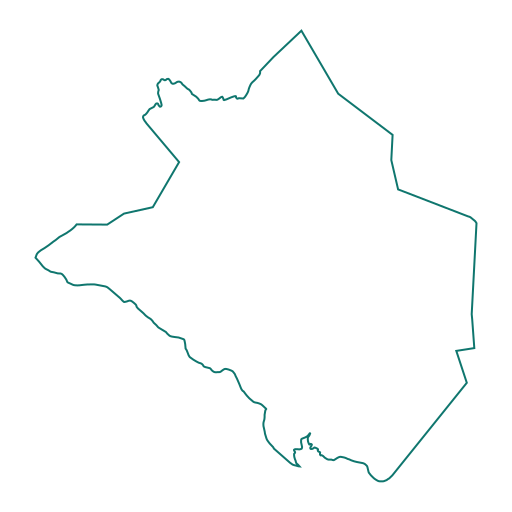 outline of San Antonio de Oriente, Francisco Morazán, Honduras
{"feature_id": "27666195B20875858813448", "entity_name": "San Antonio de Oriente", "entity_type": "district", "adm_level": 2, "iso_a3": "HND", "parent_name": "Honduras", "parent_adm1": "Francisco Morazán", "projection": "robinson", "projection_center": [-87.024, 14.037], "detail": "fine", "context": "isolated", "style": "outline", "palette": "teal", "viewbox_px": 512, "rotation_deg": 0, "n_neighbors": 0, "source": "geoboundaries", "source_scale": "gbopen_adm2", "svg_char_len": 5952}
<svg xmlns="http://www.w3.org/2000/svg" viewBox="0 0 512 512"><path d="M475.1,221.1L470.5,217.3L469.5,216.8L468.1,216.4L398.1,189.4L391.3,160.1L392.6,134.9L338.2,93.7L301.4,30.7L273.5,57.0L260.1,71.1L260.1,72.1L260.1,73.1L259.9,73.7L259.3,75.0L258.2,76.3L255.7,79.1L254.2,80.6L252.3,82.3L251.2,83.6L250.6,84.6L249.6,86.8L248.9,88.6L248.3,91.0L247.9,92.0L247.3,93.2L246.3,94.9L245.1,96.7L244.2,97.7L243.3,98.5L239.1,98.2L238.5,98.3L237.7,98.7L237.1,98.6L236.8,98.4L236.1,97.5L236.0,97.1L236.0,96.6L235.9,96.3L235.6,96.2L235.3,96.1L233.9,96.4L231.3,97.3L226.4,99.4L224.1,100.1L223.8,100.0L223.6,99.8L223.3,98.6L222.8,97.6L222.4,97.0L222.3,96.8L222.0,96.8L221.4,97.0L220.8,97.3L218.6,99.0L217.4,99.7L216.9,99.8L216.4,99.9L214.8,99.7L212.4,99.8L211.9,99.7L210.9,99.3L209.8,99.3L208.1,99.6L205.9,100.3L204.4,100.7L201.9,101.0L200.2,100.9L199.7,100.7L199.3,100.4L198.2,98.7L196.2,96.7L192.0,94.0L191.8,93.7L191.6,92.9L191.3,92.3L190.4,91.1L189.8,90.4L189.0,89.6L187.5,88.8L186.8,88.2L184.7,86.2L182.5,84.4L181.4,82.8L180.5,82.1L179.7,81.8L179.1,81.6L177.9,81.7L176.8,82.1L175.5,83.0L174.7,83.4L173.6,83.7L172.9,83.8L172.1,83.5L171.5,83.1L171.1,82.5L170.5,81.3L169.8,80.3L169.1,79.4L168.4,78.9L167.9,78.9L167.1,79.0L166.6,79.3L165.9,79.9L165.2,80.2L164.6,80.2L164.3,80.1L163.3,79.4L162.5,79.2L161.8,79.2L161.1,79.6L160.7,80.1L160.3,81.1L159.8,81.8L159.3,82.3L158.4,83.1L157.9,83.6L157.5,84.5L157.3,85.3L157.4,85.8L158.0,87.4L158.7,89.8L158.7,90.2L158.3,91.3L158.1,92.8L158.1,93.7L159.9,98.8L161.1,102.7L161.6,104.9L161.6,105.3L161.4,105.8L161.2,106.2L160.8,106.5L160.3,106.7L159.9,106.7L159.3,106.1L158.5,105.1L158.4,104.8L158.2,104.2L157.9,103.7L157.5,103.5L157.0,103.4L156.6,103.5L156.2,103.6L155.5,104.3L154.5,106.0L154.1,106.5L153.8,106.9L153.1,107.3L149.6,109.1L148.5,110.6L147.2,112.6L145.8,114.2L145.1,114.8L144.0,115.3L143.5,115.8L143.2,116.3L143.1,116.7L143.0,117.2L143.1,117.7L143.5,118.8L144.0,119.8L144.8,121.1L145.9,122.5L146.4,123.3L179.1,162.1L152.8,207.2L124.0,213.6L107.2,224.6L76.6,224.4L75.5,225.8L74.2,227.2L72.3,228.9L70.4,230.4L68.3,231.8L66.6,233.0L59.4,237.0L55.6,240.1L53.4,241.6L48.6,245.3L44.5,248.1L41.0,250.2L39.3,251.5L38.0,252.6L37.0,253.9L36.7,254.4L35.5,257.7L39.2,261.8L42.7,266.2L44.1,267.6L45.2,268.6L46.1,269.1L48.1,270.1L49.1,270.7L50.3,271.5L51.0,271.8L53.8,272.3L57.8,273.4L60.6,273.5L61.8,274.0L62.3,274.4L63.2,275.3L64.6,277.0L66.3,279.6L66.7,280.5L67.2,281.7L67.5,282.2L68.3,282.7L70.4,283.6L72.7,284.7L73.5,285.0L74.5,285.2L75.7,285.3L77.5,285.4L79.4,285.3L83.6,284.8L87.0,284.5L91.2,284.4L94.1,284.4L95.7,284.6L105.2,286.4L106.4,286.8L107.4,287.3L109.3,288.8L119.9,297.9L120.7,298.7L122.6,300.8L123.9,301.9L124.3,302.0L125.9,301.7L127.0,301.4L128.6,300.8L129.6,300.6L130.6,300.7L131.7,301.2L133.7,302.7L135.7,304.5L136.3,305.4L136.5,306.4L136.7,306.9L137.9,308.4L143.5,313.3L145.2,315.1L146.2,316.0L148.2,317.5L149.9,318.5L151.0,319.3L152.4,320.8L153.7,322.7L156.3,325.1L158.2,327.3L159.4,328.1L165.4,331.7L165.9,332.0L167.3,333.7L169.5,335.7L170.5,336.2L172.0,336.6L175.3,337.1L178.6,337.5L182.7,338.9L183.5,339.2L184.0,339.5L184.2,339.8L184.4,340.2L184.8,342.0L185.2,344.2L185.6,348.6L186.0,349.2L186.6,350.1L187.5,352.3L188.6,355.2L189.3,356.4L189.8,357.1L193.4,359.7L196.4,361.5L198.7,362.7L200.7,363.3L201.5,363.7L202.3,364.3L202.9,365.0L203.6,366.2L204.3,366.7L205.4,367.1L209.9,368.2L210.7,368.9L211.7,370.2L212.6,371.0L213.6,371.7L214.5,372.1L215.3,372.2L216.0,372.3L217.8,372.1L219.4,372.1L220.0,372.0L220.8,371.6L222.6,370.2L224.0,369.3L224.7,369.0L225.4,368.9L226.5,369.0L228.5,369.5L231.1,370.5L232.5,371.2L232.9,371.6L233.8,372.7L234.7,373.9L235.0,374.5L235.7,376.2L236.9,378.5L239.3,384.0L240.8,387.8L241.6,389.5L242.7,390.9L243.6,391.4L245.7,394.2L246.9,395.7L249.3,398.3L253.4,401.8L254.2,402.2L255.2,402.5L257.4,402.9L259.0,403.4L260.5,404.0L261.4,404.5L262.5,405.4L266.1,408.8L266.2,409.0L265.6,409.9L265.3,410.6L264.6,414.8L264.6,417.0L264.4,419.2L264.1,420.4L263.7,421.7L263.5,422.6L263.4,423.7L263.4,424.9L263.5,426.2L264.7,431.6L265.0,433.7L266.5,438.6L266.9,439.5L267.4,440.4L268.4,441.8L269.7,443.5L273.1,447.1L273.6,447.9L273.8,448.5L290.1,462.8L292.6,464.6L294.3,465.2L295.7,465.5L298.4,466.3L299.5,466.4L298.0,464.7L296.9,463.8L296.4,463.3L295.9,462.0L295.5,460.4L295.1,459.6L294.8,458.7L294.3,456.9L294.1,455.2L294.1,454.2L294.2,453.7L294.6,453.3L294.8,453.1L295.1,452.2L295.0,451.9L294.6,451.4L294.2,450.6L294.0,450.2L294.0,449.9L294.2,449.7L294.4,449.5L295.2,449.2L297.5,449.2L299.2,449.4L300.7,449.1L301.6,448.7L301.9,448.1L302.1,447.0L301.1,442.4L301.1,440.4L301.2,439.7L301.3,439.3L301.6,439.0L302.2,438.6L304.8,437.6L306.2,436.9L307.2,436.3L308.6,434.9L309.6,433.5L309.9,433.3L310.1,433.5L310.0,433.8L309.6,434.9L309.1,435.8L307.9,437.4L307.8,438.2L307.8,439.6L308.0,441.3L308.1,441.7L308.6,443.1L309.2,444.4L309.4,444.5L309.7,444.5L310.3,444.0L310.7,443.9L311.3,444.1L311.8,444.5L311.8,444.8L311.5,445.6L311.2,446.2L310.5,447.2L310.3,447.6L310.3,448.3L310.5,448.7L310.7,448.9L311.4,449.0L312.2,448.9L313.4,448.3L314.3,447.6L314.6,447.5L315.8,447.9L317.4,448.7L317.7,448.9L318.0,449.4L318.0,449.7L317.8,450.1L317.8,450.4L317.9,450.8L318.1,451.2L318.5,451.6L319.5,451.9L320.1,452.4L320.0,453.3L320.0,454.4L320.1,454.7L320.4,455.1L320.8,455.4L321.6,455.2L322.2,455.5L323.2,456.1L324.7,457.6L325.9,458.4L327.2,459.2L328.4,459.6L331.4,459.6L332.5,460.0L333.1,460.1L333.8,460.1L334.3,459.9L337.4,457.9L338.8,457.2L339.7,456.9L340.7,456.8L343.8,457.4L344.9,457.7L346.2,458.2L347.6,458.9L349.3,459.4L351.2,460.3L354.1,461.3L356.9,462.0L362.7,463.1L363.7,463.4L364.4,463.8L365.1,464.2L366.5,465.5L367.1,466.2L367.5,467.4L368.5,471.7L368.8,472.6L369.5,473.5L370.9,475.3L373.0,477.4L374.3,478.6L375.6,479.5L376.9,480.3L378.0,480.9L378.9,481.2L379.7,481.3L383.1,481.3L383.8,481.2L384.8,480.8L386.6,480.1L387.8,479.2L389.2,478.4L392.3,475.4L466.8,382.8L456.3,350.9L474.3,348.1L472.2,319.4L471.7,314.2L476.5,223.2L475.9,222.2L475.1,221.1Z" fill="none" stroke="#0f766e" stroke-width="2"/></svg>